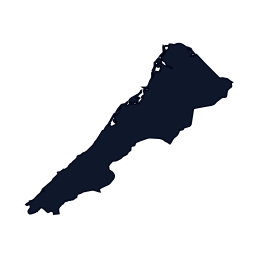 map outline of Sinaloa (Robinson projection), rotated 86°
{"feature_id": "MEX-2711", "entity_name": "Sinaloa", "entity_type": "State", "adm_level": 1, "iso_a3": "MEX", "parent_name": "Mexico", "parent_adm1": "", "projection": "robinson", "projection_center": [-107.612, 24.763], "detail": "fine", "context": "isolated", "style": "filled", "palette": "ink", "viewbox_px": 256, "rotation_deg": 86, "n_neighbors": 0, "source": "natural_earth", "source_scale": "10m", "svg_char_len": 5739}
<svg xmlns="http://www.w3.org/2000/svg" viewBox="0 0 256 256"><g transform="rotate(86 128 128)"><path d="M195.5,232.5L195.8,232.2L195.1,231.0L194.7,230.8L194.4,231.3L194.1,231.3L193.7,228.7L192.4,226.5L189.1,223.0L187.4,220.6L186.7,219.8L185.0,218.7L184.3,217.9L184.2,217.6L185.0,216.4L184.0,216.7L183.1,217.6L175.5,207.3L174.0,206.5L173.3,205.8L169.5,201.2L168.8,200.8L167.6,201.4L167.2,201.1L167.1,199.0L166.9,198.4L165.5,196.1L164.9,195.5L164.8,195.1L165.3,194.8L165.2,194.5L163.4,190.8L162.9,190.3L162.2,190.1L161.5,189.5L159.9,188.0L158.7,185.8L157.7,185.2L156.2,183.0L155.0,181.6L154.3,181.0L152.6,180.4L152.2,179.5L151.8,177.3L149.9,174.7L149.4,172.7L148.2,170.5L142.9,164.3L140.9,162.7L139.7,162.0L137.5,159.8L129.2,153.8L128.8,153.3L128.6,152.2L128.2,151.7L126.6,150.9L125.1,149.8L122.6,147.3L113.4,141.2L112.7,140.5L112.4,139.6L112.5,139.1L112.8,139.1L113.5,139.8L113.6,140.7L117.2,142.7L122.7,146.5L124.4,147.4L122.2,145.9L122.4,145.4L123.1,145.8L124.4,146.8L124.7,146.2L124.1,146.2L125.2,144.8L125.3,143.9L125.1,143.3L123.6,139.7L123.2,139.2L121.8,138.8L120.7,139.3L120.3,139.8L120.9,139.9L121.9,139.5L122.2,139.8L122.1,140.2L120.6,141.7L119.4,142.1L118.7,141.6L118.1,140.7L117.3,140.1L116.2,140.8L115.6,140.6L114.6,139.5L114.3,138.2L113.2,137.6L111.6,135.8L111.1,135.6L110.5,136.0L108.8,134.5L107.9,134.0L106.9,133.8L107.1,134.3L109.3,136.5L111.6,138.1L112.1,138.9L111.0,138.6L108.1,136.6L104.6,133.3L104.2,132.7L103.7,129.5L102.9,128.0L102.3,127.6L102.0,126.9L103.0,127.0L104.6,128.2L105.3,128.3L105.6,127.3L105.4,126.4L104.9,125.6L103.9,124.6L104.4,124.1L104.3,121.0L105.0,119.2L104.6,118.5L103.0,117.1L102.5,117.0L102.5,117.8L103.1,120.8L102.8,124.5L102.7,125.0L102.4,125.2L102.0,125.1L101.3,124.5L100.9,125.2L99.5,124.2L98.2,122.4L95.1,115.7L94.2,114.4L92.8,113.1L91.6,112.4L91.4,111.9L93.1,112.1L93.8,112.5L94.1,113.3L96.6,116.3L97.1,117.9L97.9,117.6L98.9,118.2L99.2,118.1L99.3,116.8L99.2,116.1L98.3,116.3L97.9,116.0L98.4,114.9L99.0,114.2L100.2,115.8L100.9,116.1L102.6,116.3L103.9,116.9L104.2,116.6L104.3,115.6L100.2,111.6L99.7,111.3L99.0,111.2L99.3,111.6L99.3,111.9L98.5,112.2L97.6,111.8L96.8,110.9L95.8,109.0L95.2,109.1L94.4,109.6L93.8,109.3L93.3,109.7L92.3,109.7L91.2,109.6L90.4,109.2L90.3,107.4L91.9,108.4L91.8,106.4L91.7,105.8L91.3,105.4L90.1,104.5L89.1,109.5L88.5,110.3L88.7,107.1L88.3,106.2L87.1,104.9L82.4,102.8L80.0,101.1L78.4,100.6L75.3,100.4L76.3,99.7L77.9,99.8L80.8,100.7L79.8,100.2L78.3,98.8L77.1,98.6L75.0,99.3L74.0,99.4L73.4,98.6L75.1,98.5L75.4,98.2L74.8,97.0L74.7,96.4L74.4,96.3L73.4,96.9L73.9,94.8L73.9,92.0L72.9,92.2L71.5,91.6L71.3,91.0L71.1,90.9L70.3,91.2L69.1,90.9L68.8,91.1L68.8,91.9L69.3,92.9L69.3,94.0L68.7,94.9L68.0,95.4L67.5,95.4L67.0,95.1L66.6,94.4L67.0,94.3L67.2,94.1L66.6,93.7L64.6,93.9L64.0,94.2L63.9,94.7L64.4,95.4L63.3,95.5L62.0,94.5L60.1,92.2L61.2,91.6L61.9,90.1L62.4,89.9L63.7,90.5L64.5,90.2L64.8,90.7L65.0,91.6L65.5,91.8L65.8,90.9L65.8,89.9L66.3,89.7L68.4,87.4L68.8,86.8L68.8,85.8L69.3,85.6L69.5,85.3L69.4,83.8L69.8,82.9L71.3,81.4L71.5,80.4L71.2,79.7L70.7,80.3L68.6,84.5L68.0,85.2L65.1,86.3L64.3,86.9L63.0,89.0L62.2,89.7L61.2,89.3L60.2,89.9L59.5,90.0L58.9,89.5L57.9,87.0L55.8,86.0L54.8,85.2L54.6,85.4L54.9,86.5L58.0,89.3L58.6,90.3L58.5,91.2L57.5,90.3L55.6,87.9L54.2,87.4L49.8,87.5L48.4,87.1L49.3,86.4L50.4,86.0L51.6,86.1L52.7,86.5L52.8,84.9L53.3,84.1L52.7,82.9L51.9,82.3L50.4,81.7L49.7,81.7L49.2,82.0L49.0,82.6L49.0,85.2L48.8,85.6L48.4,84.9L48.7,82.9L48.6,81.8L48.2,81.4L47.4,81.0L47.2,80.3L47.8,77.5L48.1,77.1L48.1,75.5L47.3,73.3L47.4,70.4L47.5,69.7L49.0,67.1L51.2,64.4L51.7,62.6L53.1,59.7L53.5,59.5L53.3,60.2L53.4,61.2L53.0,62.7L53.2,63.1L53.6,63.2L54.1,62.3L54.4,60.9L55.6,58.5L58.6,56.4L58.6,57.1L58.2,57.8L57.8,58.2L57.8,58.5L58.6,58.9L60.4,60.6L61.0,60.7L61.1,60.2L60.5,59.1L60.5,58.5L61.5,57.8L61.3,57.2L60.2,57.3L59.3,55.3L59.6,54.5L68.6,47.2L84.4,33.5L84.7,32.9L84.7,29.9L86.0,25.3L88.0,23.2L89.7,20.7L90.2,21.7L91.1,22.0L93.1,21.8L93.9,21.9L94.5,22.4L95.4,24.0L96.7,25.7L98.6,26.6L102.7,27.5L103.7,28.0L104.0,29.0L103.9,31.4L104.5,32.9L107.9,38.0L109.6,39.7L110.3,40.7L111.0,42.9L111.8,50.9L112.8,59.3L113.0,60.7L113.4,61.3L114.1,61.6L127.8,64.7L128.9,65.0L129.9,65.7L130.5,66.8L131.7,72.3L133.1,73.0L133.4,73.5L133.9,76.7L134.1,77.0L136.2,77.9L138.2,79.3L139.2,80.3L141.2,83.2L142.0,83.9L145.6,86.3L146.7,87.3L144.8,89.6L143.9,91.4L141.8,93.8L141.0,95.5L140.4,97.5L139.3,106.0L139.2,108.2L139.7,110.3L141.3,116.2L142.8,120.7L143.2,121.4L143.8,121.8L145.8,122.6L146.1,123.2L146.2,125.1L146.5,125.9L147.0,126.3L148.3,126.7L150.1,126.8L150.6,127.3L151.9,129.4L154.0,130.8L154.8,132.3L155.4,134.0L156.3,135.6L157.7,137.1L159.4,141.0L159.8,142.6L159.9,145.0L160.0,145.7L160.4,146.3L163.2,149.2L164.6,150.1L165.2,150.1L168.1,150.0L168.7,149.7L170.5,147.2L171.9,146.0L173.3,145.3L174.8,145.0L176.8,145.5L178.1,146.4L182.1,150.2L182.8,151.3L185.2,157.7L186.3,160.0L187.0,160.8L187.8,161.0L189.7,160.4L189.3,161.9L187.6,166.1L187.3,167.9L187.5,169.8L188.4,176.7L188.6,177.4L189.7,179.7L190.1,181.8L190.6,182.8L191.8,183.8L193.7,184.2L193.9,185.2L195.3,187.2L195.7,188.2L195.4,189.4L196.0,190.1L196.1,190.5L195.8,192.2L196.6,193.8L196.8,195.9L197.2,196.6L199.0,198.0L199.4,199.2L202.3,202.2L203.7,203.0L205.3,203.1L208.6,202.8L208.8,208.2L207.0,208.2L206.3,208.6L205.5,210.4L205.5,210.9L206.5,213.3L206.6,213.7L205.7,214.9L203.6,216.8L202.1,218.4L201.5,219.4L201.3,220.4L201.6,221.1L203.0,222.2L203.7,223.7L204.9,224.4L204.7,225.6L205.5,226.0L205.9,227.1L206.7,230.6L206.7,232.2L205.8,233.1L204.4,233.4L203.1,232.9L200.8,230.9L199.9,230.7L197.3,231.3L198.0,233.8L197.9,234.6L197.3,235.3L196.6,234.5L195.5,232.5ZM68.6,96.3L71.9,97.5L72.6,98.8L73.2,99.2L72.5,99.7L69.7,98.1L68.0,97.4L64.9,97.2L64.3,97.0L64.1,96.3L68.6,96.3Z" fill="#0f172a" stroke="#020617" stroke-width="1.5"/></g></svg>